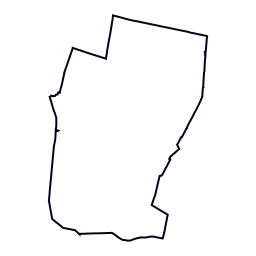 the district of Coacalco de Berriozábal, México, Mexico
{"feature_id": "50627088B41912886013432", "entity_name": "Coacalco de Berriozábal", "entity_type": "district", "adm_level": 2, "iso_a3": "MEX", "parent_name": "Mexico", "parent_adm1": "México", "projection": "mercator", "projection_center": [-99.1, 19.626], "detail": "fine", "context": "isolated", "style": "outline", "palette": "ink", "viewbox_px": 256, "rotation_deg": 0, "n_neighbors": 0, "source": "geoboundaries", "source_scale": "gbopen_adm2", "svg_char_len": 5274}
<svg xmlns="http://www.w3.org/2000/svg" viewBox="0 0 256 256"><path d="M79.5,234.4L79.5,233.8L82.3,233.8L85.1,233.7L87.9,233.6L90.8,233.5L93.7,233.4L96.7,233.3L99.6,233.3L102.5,233.2L105.4,233.1L108.3,233.0L111.3,232.9L111.8,232.9L112.6,233.2L113.1,233.5L114.2,234.3L115.0,234.8L116.1,235.8L117.0,236.3L118.3,237.4L119.9,238.3L121.3,239.3L122.2,239.7L123.0,240.0L123.9,240.0L125.6,240.2L127.0,240.5L128.5,240.6L129.2,240.6L129.8,240.6L130.6,240.4L131.3,240.2L133.5,239.3L134.3,239.1L135.9,238.6L136.9,238.2L138.2,238.0L139.6,237.7L140.5,237.4L141.9,237.4L142.6,237.5L143.6,237.5L144.8,237.6L145.8,237.4L146.8,237.3L148.0,237.1L149.1,236.9L150.0,236.7L150.7,236.6L151.4,236.5L152.1,236.5L153.3,236.7L154.6,236.8L155.3,236.9L156.9,237.4L157.7,237.5L159.1,237.8L160.9,238.1L162.7,238.4L163.4,235.8L164.1,233.3L164.7,230.2L165.2,227.7L165.7,224.8L166.2,222.2L166.7,220.0L167.0,218.0L167.4,216.1L167.7,214.7L161.5,211.0L158.0,208.9L156.1,207.7L154.6,206.8L153.5,206.2L151.7,205.0L154.1,197.9L154.8,196.2L155.3,194.6L157.0,187.2L158.7,179.8L159.3,177.5L159.6,175.9L161.0,175.6L161.7,175.6L162.3,174.7L163.5,172.5L165.6,168.4L167.9,164.2L168.3,163.2L169.2,161.6L170.2,159.6L169.7,159.3L169.2,158.9L169.4,158.5L169.4,158.4L169.6,158.3L169.9,158.1L170.1,158.0L170.0,157.6L170.0,157.3L170.1,157.0L170.4,156.6L170.5,156.5L170.7,156.3L171.3,155.9L171.7,155.5L172.2,155.1L172.6,154.7L173.0,154.4L173.4,154.0L174.0,153.5L174.3,153.2L174.8,152.8L175.4,152.3L175.7,152.0L176.3,151.5L176.6,151.2L177.2,150.7L177.5,150.5L178.1,150.0L178.3,149.7L178.8,149.3L179.2,148.9L177.7,146.0L177.1,144.7L177.3,144.5L177.4,144.3L177.6,143.9L178.4,142.5L179.9,139.7L180.1,139.2L180.4,138.6L180.6,138.3L180.8,137.9L181.3,137.0L181.8,137.2L182.4,136.2L184.7,131.8L185.9,129.5L186.5,128.3L186.8,127.9L187.1,127.9L187.2,126.8L187.3,126.5L187.8,125.7L188.3,124.6L192.1,117.5L192.4,117.0L193.2,115.4L194.0,113.9L194.8,112.2L195.6,110.8L196.7,108.8L197.3,107.4L197.5,107.2L197.8,106.5L199.2,103.8L199.8,102.4L200.3,101.4L201.5,98.4L201.8,98.1L201.9,97.9L202.0,97.5L202.0,96.9L202.3,96.6L202.6,91.0L202.9,87.6L203.4,87.3L203.2,86.8L203.7,77.6L203.8,76.3L204.0,72.8L204.2,72.0L204.4,71.5L204.5,69.1L204.6,66.6L204.8,63.3L204.9,60.7L205.2,57.8L205.4,56.7L205.4,55.1L205.2,55.3L205.1,55.2L205.0,54.9L205.0,54.4L205.1,54.0L205.3,53.7L205.4,53.4L205.0,52.7L204.9,52.3L205.3,52.4L205.7,52.4L205.7,52.5L205.8,50.5L206.1,47.6L206.2,45.7L206.5,42.9L206.7,39.7L206.7,39.4L207.1,36.1L205.2,35.7L204.0,35.4L202.1,35.0L200.9,34.8L200.2,34.6L199.6,34.5L198.7,34.3L198.4,34.2L197.3,34.0L197.1,34.0L196.9,33.9L195.8,33.7L194.6,33.4L193.9,33.3L193.5,33.2L193.3,33.1L192.3,32.9L191.9,32.9L190.6,32.7L190.0,32.5L189.4,32.3L188.7,32.0L188.2,31.9L187.0,31.6L186.5,31.5L185.2,31.3L183.3,30.9L182.4,30.7L179.8,30.2L176.8,29.6L176.2,29.4L175.6,29.3L174.6,29.1L173.7,28.9L173.0,28.8L171.8,28.5L170.7,28.3L169.8,28.1L169.3,28.0L168.8,27.9L167.4,27.6L166.3,27.4L165.5,27.2L164.5,27.0L163.5,26.8L162.4,26.6L161.5,26.4L160.5,26.2L159.9,26.1L159.5,26.0L159.2,25.9L158.5,25.8L157.7,25.6L157.2,25.5L155.5,25.2L154.4,24.9L153.6,24.8L152.7,24.6L151.9,24.4L151.7,24.3L150.5,24.1L149.5,23.9L148.6,23.7L147.2,23.4L146.5,23.3L145.6,23.1L144.7,22.9L143.7,22.7L142.7,22.5L141.8,22.3L141.2,22.2L140.8,22.1L140.2,22.0L139.8,21.9L138.8,21.6L137.9,21.5L136.9,21.2L135.4,21.1L134.4,20.9L133.2,20.6L132.2,20.4L129.3,19.7L128.8,19.6L128.4,19.5L124.9,18.6L123.6,18.2L122.5,17.9L121.8,17.7L121.4,17.6L120.0,17.2L114.9,15.9L113.0,15.4L112.8,17.5L112.6,19.2L112.4,20.3L111.9,23.4L111.9,23.5L111.4,26.7L110.9,29.4L110.9,29.9L110.4,32.8L109.9,35.2L109.8,35.9L109.2,39.1L108.9,40.3L108.9,40.7L108.4,43.3L108.3,44.1L107.7,47.5L107.4,49.3L107.1,50.5L107.0,51.7L106.8,53.6L106.2,56.5L106.1,58.7L103.2,57.8L102.4,57.6L102.2,57.6L101.9,57.5L99.8,56.7L99.5,56.6L99.1,56.5L97.5,56.0L95.8,55.5L95.2,55.3L93.8,54.9L91.9,54.3L91.3,54.1L90.7,53.9L89.6,53.5L89.2,53.4L88.6,53.2L86.3,52.5L85.8,52.3L82.0,51.0L81.6,50.9L80.6,50.5L77.9,49.7L76.3,49.1L76.0,49.0L75.9,49.0L75.7,48.9L74.6,48.5L73.5,48.2L72.8,47.9L72.8,48.0L70.1,55.9L69.1,58.8L68.6,60.2L67.3,64.0L66.1,67.5L65.1,70.2L64.2,73.0L64.4,73.1L64.2,73.8L64.0,74.5L63.6,76.5L63.2,78.2L62.8,79.9L62.7,80.7L62.3,82.3L62.0,83.7L61.8,84.6L61.6,85.3L61.3,86.7L60.9,87.8L60.7,88.6L60.3,90.0L60.1,90.9L59.9,92.4L59.8,92.8L58.2,92.4L57.9,93.0L57.7,93.4L57.6,93.8L57.7,94.1L57.5,94.5L56.1,94.8L55.7,94.8L55.5,95.1L55.2,95.7L54.9,95.9L54.5,96.1L54.1,96.2L53.6,96.1L53.3,96.0L52.8,96.0L52.2,96.1L51.4,95.6L51.2,95.6L50.5,96.5L50.1,96.7L49.7,96.9L50.3,99.0L50.6,100.0L50.8,100.5L51.5,102.7L51.9,104.2L52.3,105.6L53.1,108.4L53.2,108.8L54.0,111.3L54.8,112.8L55.2,114.4L55.5,115.3L55.6,115.7L56.2,117.3L56.3,119.5L56.3,122.6L56.3,123.4L56.3,125.4L56.1,127.5L55.7,129.8L56.7,130.1L57.1,130.2L58.1,130.7L56.8,131.1L55.8,131.3L55.7,131.4L55.7,131.7L55.5,135.6L55.2,139.9L54.8,141.8L54.3,144.4L53.8,147.1L53.6,149.8L53.3,152.6L53.1,155.3L52.8,158.0L52.6,160.7L52.3,163.4L52.1,166.2L51.8,168.9L51.6,171.6L51.3,174.3L51.1,177.0L50.8,179.8L50.5,182.5L50.3,185.2L50.0,188.3L49.7,191.5L49.5,194.6L49.2,197.8L48.9,200.9L49.5,203.9L50.0,206.9L50.5,209.9L51.1,212.9L51.6,215.9L52.1,218.8L54.3,220.7L56.5,222.5L58.8,224.3L61.0,226.1L63.2,227.9L67.6,228.7L71.4,229.5L74.6,230.1L75.1,230.2L79.5,234.4Z" fill="none" stroke="#020617" stroke-width="2"/></svg>